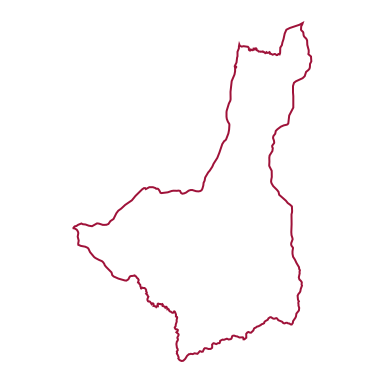 Gramalote, Norte de Santander, Colombia (Robinson projection)
{"feature_id": "7082276B79759351892692", "entity_name": "Gramalote", "entity_type": "district", "adm_level": 2, "iso_a3": "COL", "parent_name": "Colombia", "parent_adm1": "Norte de Santander", "projection": "robinson", "projection_center": [-72.809, 7.922], "detail": "fine", "context": "isolated", "style": "outline", "palette": "rose", "viewbox_px": 384, "rotation_deg": 0, "n_neighbors": 0, "source": "geoboundaries", "source_scale": "gbopen_adm2", "svg_char_len": 5980}
<svg xmlns="http://www.w3.org/2000/svg" viewBox="0 0 384 384"><path d="M81.4,223.5L78.1,224.8L76.4,226.0L74.9,226.3L74.2,226.8L73.7,227.9L72.7,228.1L74.7,228.5L76.6,229.6L77.3,230.4L78.1,232.1L78.3,233.2L77.7,236.7L78.7,240.6L78.2,243.5L78.3,244.8L80.9,245.9L85.2,246.7L87.6,247.8L88.4,248.6L90.1,252.2L94.0,256.9L95.4,258.0L99.0,259.9L102.0,261.2L103.2,262.3L104.3,264.0L104.8,265.3L106.2,267.0L111.5,272.4L112.3,275.2L113.7,276.5L118.4,278.6L125.0,280.5L126.4,280.6L128.4,279.3L129.5,277.1L130.2,276.3L131.1,276.0L132.9,275.9L134.6,275.4L134.9,275.9L136.0,276.4L137.0,277.9L138.0,278.7L138.7,280.0L138.0,282.5L138.9,282.9L139.3,283.9L140.2,284.7L140.4,286.4L140.9,287.3L141.0,288.4L141.4,288.5L142.4,287.7L143.4,288.0L144.5,288.0L145.4,288.7L146.2,290.1L146.1,291.3L146.8,292.4L146.8,292.8L146.1,293.7L147.3,294.7L147.4,295.4L148.4,296.7L147.5,298.7L147.4,299.9L148.0,301.2L148.4,301.5L149.3,301.4L150.0,301.7L151.6,304.1L152.2,303.3L153.0,303.4L153.6,304.1L153.5,305.9L154.0,305.8L154.8,306.3L155.6,306.3L156.2,307.1L156.9,306.3L157.9,306.4L158.0,306.1L157.6,305.1L157.6,304.1L157.9,303.7L158.5,303.6L159.3,304.0L160.4,304.0L161.1,304.4L162.3,304.0L162.8,304.7L162.5,305.3L162.6,306.0L164.7,306.6L165.3,307.7L166.3,306.8L166.5,306.9L166.9,307.9L167.4,308.3L167.4,309.3L168.4,309.1L168.7,309.3L169.1,310.5L169.7,311.3L170.7,311.6L171.8,312.5L172.8,312.8L173.4,312.6L174.1,311.4L174.5,311.4L175.0,312.0L176.0,314.5L175.9,316.5L176.9,316.9L177.2,317.7L176.6,320.0L176.7,321.7L175.8,324.3L175.6,326.3L174.8,327.3L174.7,327.7L175.6,329.2L177.1,329.4L177.8,329.9L177.8,330.8L176.4,332.3L178.2,333.8L178.6,334.4L178.5,335.4L177.4,337.4L177.4,338.1L177.9,339.0L177.9,339.6L177.6,340.7L176.9,341.5L176.4,344.0L176.9,347.8L177.5,348.7L177.7,349.8L177.7,350.4L176.8,351.4L177.1,352.8L176.8,353.6L177.5,354.5L178.6,357.2L178.6,357.8L178.3,358.4L179.1,359.6L180.3,360.5L181.8,361.0L183.3,360.7L185.2,358.9L187.1,355.8L188.9,354.2L189.7,354.2L190.6,353.8L192.8,354.1L194.5,353.3L197.5,353.8L199.8,351.2L200.6,351.3L201.6,351.8L202.8,351.6L204.1,348.8L204.8,348.2L206.5,348.3L208.5,349.0L210.7,348.9L212.1,347.8L212.2,346.8L212.1,344.6L213.3,343.3L213.8,343.2L216.2,344.1L218.2,343.1L219.5,343.1L219.8,342.7L220.2,340.8L222.5,339.6L223.9,339.8L226.9,338.7L228.7,339.5L230.8,339.1L231.5,338.5L232.2,336.2L233.0,335.7L234.1,335.6L236.0,336.3L237.2,336.4L239.4,337.5L242.8,337.3L243.2,337.7L243.5,339.3L244.4,339.3L246.3,337.7L246.2,333.9L247.2,332.6L248.3,332.0L250.2,332.7L251.0,332.7L253.3,330.5L254.0,328.7L254.5,328.1L255.6,327.7L257.0,326.6L258.7,326.2L259.7,325.5L260.5,325.3L261.5,324.3L263.0,323.8L264.1,323.2L264.3,322.2L265.3,321.1L267.7,319.8L268.5,318.3L270.2,317.2L271.2,317.3L272.6,318.3L273.6,318.7L274.6,318.7L276.2,318.1L277.1,318.5L278.3,320.2L281.8,321.6L282.4,321.9L282.8,322.7L283.9,323.3L284.6,323.4L286.0,322.8L287.1,322.8L288.1,323.4L289.4,323.5L290.6,324.4L291.7,324.5L292.8,323.0L293.1,321.1L295.5,317.6L296.0,316.3L296.4,313.6L298.9,310.5L299.2,307.9L298.5,305.7L298.5,304.1L298.3,303.3L298.4,302.0L298.9,301.4L298.0,299.8L297.6,295.7L298.5,293.9L299.8,292.4L300.3,291.4L300.8,288.8L302.0,285.6L301.6,284.6L301.8,282.3L300.8,280.8L299.4,279.5L298.8,277.4L299.7,273.2L299.5,272.0L299.9,270.2L299.2,269.0L299.0,267.2L296.5,263.0L294.9,259.6L293.1,256.8L292.5,253.8L292.5,251.3L293.0,248.0L292.9,247.6L291.7,246.0L291.2,244.9L291.2,243.2L292.6,239.4L292.5,238.3L291.5,235.1L291.3,232.1L291.6,224.2L291.5,214.4L292.0,212.4L292.1,211.0L291.9,206.4L290.2,204.8L287.7,203.0L285.9,200.7L279.2,194.8L278.5,191.8L277.0,189.9L273.2,186.1L271.6,183.4L271.1,181.8L271.2,180.1L271.8,177.0L271.7,170.8L269.4,166.3L269.2,165.4L269.4,161.7L269.3,157.7L269.6,155.5L272.4,151.0L272.8,148.1L272.2,146.9L272.2,145.7L274.1,143.1L274.2,142.6L274.0,140.8L273.1,138.2L273.1,137.2L273.5,135.9L275.2,133.8L275.8,130.9L277.4,129.3L280.8,126.7L283.7,125.4L286.8,124.7L287.6,124.3L288.3,123.3L289.2,115.5L293.3,107.6L293.3,96.1L293.0,92.5L293.0,86.0L294.0,82.8L295.9,81.3L302.6,78.2L304.7,76.2L306.1,71.9L308.3,70.1L309.5,68.7L309.9,67.1L310.0,64.0L311.3,61.4L311.0,56.5L308.4,54.2L308.4,53.7L308.7,52.7L308.7,50.2L307.3,44.9L307.1,40.4L306.2,38.6L304.7,37.2L303.9,36.1L303.6,35.2L303.3,32.6L302.9,31.8L301.4,30.4L301.0,29.7L301.2,26.3L302.2,24.5L302.7,23.0L299.4,24.8L289.8,28.0L286.4,29.7L284.7,33.6L283.5,39.2L282.4,42.5L281.9,45.1L280.3,47.6L280.1,53.1L279.6,54.4L278.4,54.0L277.4,55.0L276.6,55.1L275.2,54.1L274.6,54.0L272.6,54.7L271.2,53.9L270.1,53.8L269.9,52.6L269.5,52.1L268.1,52.9L267.5,52.9L266.5,52.2L266.0,53.0L265.3,53.2L264.4,52.2L263.2,52.1L262.8,51.4L260.8,51.8L260.2,51.5L258.6,51.5L257.8,50.6L256.6,50.2L256.5,48.8L256.0,48.3L255.4,48.4L255.0,49.2L254.5,49.5L254.1,49.3L253.9,48.6L253.5,48.6L253.1,50.0L252.8,50.2L252.1,50.2L250.9,49.5L250.3,50.5L249.7,50.5L249.2,50.2L248.9,49.7L248.9,48.3L248.6,47.6L247.9,46.8L243.6,46.2L241.7,46.6L239.8,45.8L239.3,44.5L238.9,46.6L238.9,48.3L237.5,51.8L237.5,56.3L237.1,57.5L236.5,62.5L234.7,66.2L234.9,67.1L235.8,66.5L236.2,66.8L236.2,67.2L235.1,68.7L235.1,71.2L234.5,74.5L231.7,81.1L230.5,91.9L230.6,99.2L230.3,100.7L228.9,103.5L226.7,110.7L226.5,112.1L226.5,116.7L226.8,118.9L227.9,121.7L229.2,123.8L229.4,124.8L229.1,129.6L228.4,133.4L226.1,139.4L225.4,140.3L224.2,141.1L222.3,144.0L219.4,152.6L217.3,157.9L213.6,163.7L212.3,166.7L209.7,170.7L208.2,172.4L205.2,177.5L204.6,180.7L203.6,182.8L203.3,185.5L202.4,188.7L201.5,190.3L200.1,191.1L198.4,191.4L196.1,191.2L192.2,190.0L190.3,190.1L188.6,190.7L186.0,192.6L184.1,193.4L182.3,193.7L181.0,192.9L180.0,190.9L178.5,190.6L177.0,190.8L173.4,190.7L171.6,191.0L167.8,192.3L161.5,193.1L160.5,192.8L159.3,190.4L158.2,189.0L157.7,188.7L156.2,188.8L155.5,188.1L152.9,187.2L149.3,187.2L145.8,189.1L145.1,188.1L144.0,188.1L142.2,189.3L135.5,195.9L131.9,200.3L125.2,204.9L121.2,208.6L118.3,210.7L116.4,213.2L113.5,219.0L110.4,221.1L108.4,224.0L106.3,224.8L102.9,224.9L98.9,223.6L97.0,223.4L92.0,226.2L88.8,225.7L85.5,224.5L82.7,224.2L81.4,223.5Z" fill="none" stroke="#9f1239" stroke-width="2"/></svg>